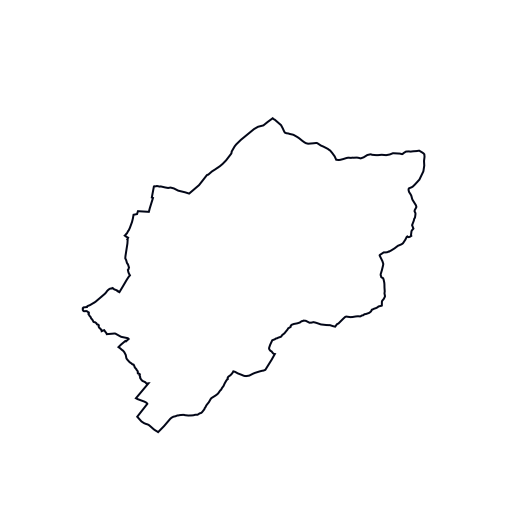 the district of Bagaciu, Mures, Romania, rotated 320°
{"feature_id": "2599482B34559158259683", "entity_name": "Bagaciu", "entity_type": "district", "adm_level": 2, "iso_a3": "ROU", "parent_name": "Romania", "parent_adm1": "Mures", "projection": "equal_earth", "projection_center": [24.35, 46.273], "detail": "fine", "context": "isolated", "style": "outline", "palette": "ink", "viewbox_px": 512, "rotation_deg": 320, "n_neighbors": 0, "source": "geoboundaries", "source_scale": "gbopen_adm2", "svg_char_len": 6037}
<svg xmlns="http://www.w3.org/2000/svg" viewBox="0 0 512 512"><g transform="rotate(320 256 256)"><path d="M271.2,361.0L274.2,360.3L275.8,360.7L282.7,360.1L285.1,360.0L285.7,360.2L286.2,360.4L289.0,363.5L290.6,364.7L293.5,366.4L295.4,367.7L296.8,369.1L297.3,369.4L298.8,369.6L300.1,370.3L301.6,370.3L302.9,371.1L306.1,372.3L307.9,372.4L308.7,372.3L310.2,371.6L310.8,371.9L312.3,372.2L314.6,373.1L316.0,373.4L317.4,373.4L320.4,374.9L320.6,374.8L323.0,372.0L323.4,371.7L324.0,371.4L326.3,371.0L328.6,370.0L329.0,369.7L330.4,367.2L331.9,365.8L334.1,362.8L336.2,360.2L337.1,358.9L338.5,356.3L339.1,354.8L338.6,353.6L338.4,352.5L338.9,351.7L339.2,350.8L339.8,350.1L343.3,347.8L347.0,345.1L348.2,344.1L348.5,343.7L349.5,341.3L351.0,335.2L351.2,334.9L351.7,334.8L354.0,335.1L356.0,335.3L356.4,335.5L357.5,336.5L358.7,337.3L359.6,337.7L360.5,337.8L360.8,338.2L361.6,338.3L362.8,338.6L367.0,339.2L371.3,339.4L374.4,340.4L376.0,340.7L376.8,340.7L380.9,339.5L383.6,338.3L384.0,338.3L384.5,338.3L384.7,339.2L385.1,339.7L386.3,340.2L387.9,340.4L388.3,339.5L391.1,336.9L391.9,336.6L394.2,336.2L395.4,332.7L399.7,330.3L401.1,329.2L402.4,328.8L403.7,327.7L405.0,326.5L405.5,325.9L405.7,325.6L406.2,323.7L406.8,323.1L407.3,322.8L409.4,322.0L410.4,321.5L411.1,320.0L412.0,313.7L412.3,312.7L413.7,309.7L414.0,308.5L414.4,305.4L415.0,304.0L415.8,302.9L416.5,302.5L417.0,302.6L419.5,303.4L420.7,303.6L423.5,303.4L430.3,302.5L438.5,298.8L439.6,297.9L443.0,294.9L445.8,291.2L448.9,288.3L450.3,286.3L450.3,285.1L449.8,283.3L448.7,280.2L446.4,278.8L443.7,276.8L441.5,275.4L440.3,274.1L438.0,272.4L435.1,272.0L433.8,272.1L433.3,271.8L432.0,270.0L427.0,265.3L423.7,264.2L420.5,262.4L417.3,259.2L414.2,257.1L412.5,255.6L410.0,253.1L409.3,251.9L408.9,251.6L406.2,250.2L401.9,249.6L398.9,248.5L397.8,246.9L396.5,245.4L394.1,243.6L393.1,242.7L391.7,241.8L389.9,240.0L388.5,239.2L384.9,237.7L382.4,236.5L381.1,235.7L379.3,233.8L380.3,230.3L380.6,226.1L380.6,223.0L380.3,221.7L380.1,221.4L380.0,220.5L379.3,218.7L377.9,215.4L376.7,213.1L375.5,209.0L374.9,208.2L372.2,206.4L368.1,203.5L366.8,201.7L366.2,200.2L365.5,197.5L364.8,193.8L364.2,191.6L362.8,187.8L362.3,186.8L360.3,184.2L359.5,182.9L358.3,181.6L357.5,180.3L357.5,179.4L357.8,178.0L358.5,175.6L359.3,171.9L358.0,163.7L357.4,162.3L357.3,161.2L350.8,160.8L345.6,160.7L340.6,158.3L336.1,157.5L319.2,157.3L312.5,157.8L310.1,158.3L304.6,160.3L303.2,161.5L302.7,161.7L294.6,163.5L289.6,164.0L286.0,164.0L279.5,163.3L276.6,162.9L271.7,163.0L270.8,162.5L270.2,162.5L257.9,165.1L244.9,165.2L242.6,161.6L238.4,155.9L236.5,151.4L234.5,148.6L232.4,147.4L230.4,145.0L227.7,141.4L227.0,141.1L225.1,138.7L224.0,138.2L223.0,137.3L222.5,137.1L213.8,144.2L214.4,145.3L205.4,151.1L202.3,153.3L194.4,145.8L191.8,147.4L188.7,145.7L185.7,148.2L182.8,150.3L177.4,153.4L174.8,154.6L174.3,154.6L171.6,155.7L170.9,155.6L170.2,155.9L168.6,156.0L169.0,157.8L169.8,159.8L168.0,160.6L168.1,161.1L165.4,163.9L156.0,172.1L154.4,173.7L153.8,175.9L152.7,178.3L152.5,179.4L152.6,179.9L151.3,183.2L150.7,183.5L150.0,184.1L148.9,184.3L147.7,186.7L147.3,188.1L147.0,189.8L145.1,190.1L141.8,191.1L134.5,193.7L128.1,195.9L127.4,194.2L127.7,194.1L127.3,192.8L126.0,190.5L125.8,189.8L125.7,188.7L125.4,188.2L124.9,188.4L123.7,187.5L123.1,187.2L122.0,187.0L120.5,187.0L119.5,187.1L117.5,187.6L115.8,187.8L103.5,187.9L97.2,186.9L95.2,186.2L94.5,186.1L94.0,186.1L93.7,186.4L90.8,184.5L89.8,184.6L89.6,184.8L89.5,185.2L89.1,185.4L88.6,186.1L88.5,187.2L88.6,187.5L89.3,188.2L90.5,189.0L90.9,189.5L91.1,190.1L91.2,190.8L91.6,191.6L91.4,192.3L90.6,192.5L90.3,192.8L90.2,193.6L90.2,194.1L90.0,195.0L90.1,196.3L89.6,197.9L89.7,198.9L89.6,200.2L89.2,201.9L89.2,202.1L89.5,202.6L90.2,203.5L90.5,204.9L90.3,205.9L90.3,206.3L91.1,207.4L91.0,208.1L90.7,208.4L90.1,208.9L89.9,209.6L89.8,210.5L89.8,211.0L90.1,211.5L90.1,211.8L89.9,212.9L90.1,213.2L89.9,213.8L89.5,214.4L91.0,214.9L92.0,215.2L91.7,219.7L91.5,220.0L97.9,224.5L98.4,225.1L100.3,230.1L100.8,231.3L105.0,236.6L105.1,237.7L101.5,237.8L101.3,237.1L95.6,237.1L92.1,237.4L92.6,239.4L92.9,241.5L93.3,243.1L93.3,245.0L92.6,248.1L91.1,250.8L90.9,251.4L90.8,252.6L90.9,255.6L91.1,256.8L91.6,258.4L91.6,259.2L91.8,259.8L92.4,260.4L92.4,260.7L91.8,262.9L91.5,263.4L91.6,265.7L91.4,266.0L91.3,268.3L90.9,268.9L90.2,269.6L90.1,270.1L90.9,271.2L91.0,271.8L90.8,272.2L90.1,272.4L89.9,273.0L89.9,273.4L89.8,273.7L89.5,274.2L89.3,274.6L88.9,274.8L88.6,277.0L88.7,277.8L88.7,278.7L89.4,280.0L89.8,281.1L90.1,281.5L90.1,283.1L90.3,283.7L90.7,283.9L91.4,284.1L91.8,284.4L72.6,287.8L73.3,289.5L76.9,295.8L77.6,297.5L77.8,298.5L77.7,299.4L61.7,302.8L61.9,309.1L62.8,312.1L63.7,313.8L64.8,315.5L65.3,316.8L65.7,319.1L66.3,323.1L66.7,324.6L67.6,327.2L67.8,328.0L76.2,327.2L85.7,325.6L87.4,325.6L89.4,326.0L91.3,327.0L93.2,327.6L94.0,328.2L95.5,329.0L97.9,330.7L98.7,331.4L99.2,332.2L101.6,334.7L104.4,336.9L105.9,337.9L107.3,338.5L109.2,340.0L110.2,340.2L111.6,340.3L112.9,340.9L113.7,341.0L114.6,340.9L117.9,340.2L118.9,339.6L120.2,339.3L121.7,338.6L122.8,338.3L125.9,337.7L129.4,336.4L130.5,336.2L135.5,336.9L137.6,337.0L138.8,336.9L142.1,336.0L143.3,336.0L145.3,335.2L147.6,334.7L150.0,333.5L153.3,332.3L154.3,332.1L155.4,332.1L155.7,331.3L156.7,330.8L157.5,330.7L159.7,330.9L161.6,330.7L163.3,330.3L164.5,329.8L165.5,331.3L166.6,334.2L168.5,337.6L169.4,339.4L170.0,340.4L171.3,341.7L174.0,343.3L177.9,344.2L179.9,344.8L184.5,346.7L187.0,347.9L188.1,348.6L190.0,349.2L201.3,345.5L207.4,343.2L206.8,342.5L206.5,341.4L206.6,339.0L206.2,338.2L206.1,337.5L206.2,336.3L206.4,335.5L206.8,335.0L207.3,334.6L209.8,333.1L214.3,331.0L216.9,331.9L218.2,332.0L219.3,332.6L220.4,332.8L222.7,333.7L223.5,333.9L225.3,333.4L227.8,333.5L228.7,333.4L230.1,333.1L232.9,332.6L234.1,332.1L236.9,332.6L237.2,332.4L237.4,332.1L237.8,331.8L239.0,331.6L241.3,332.4L244.3,334.1L246.7,335.1L247.1,335.2L247.6,335.1L249.3,335.4L250.0,335.9L250.8,336.0L251.6,336.7L252.5,337.7L254.1,341.5L255.5,342.6L257.5,343.6L258.5,344.9L259.5,346.4L261.7,350.1L265.8,354.4L268.2,356.5L269.8,359.1L271.2,361.0Z" fill="none" stroke="#020617" stroke-width="2"/></g></svg>